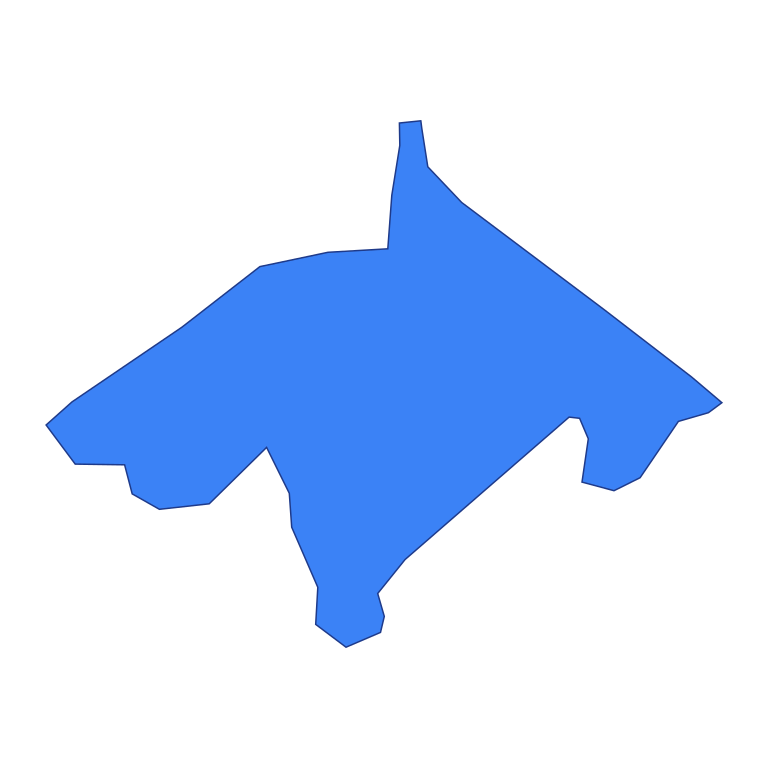 the border of Midlothian
{"feature_id": "GBR-2024", "entity_name": "Midlothian", "entity_type": "Unitary District", "adm_level": 1, "iso_a3": "GBR", "parent_name": "United Kingdom", "parent_adm1": "", "projection": "mercator", "projection_center": [-3.084, 55.83], "detail": "fine", "context": "isolated", "style": "filled", "palette": "blue", "viewbox_px": 768, "rotation_deg": 0, "n_neighbors": 0, "source": "natural_earth", "source_scale": "10m", "svg_char_len": 621}
<svg xmlns="http://www.w3.org/2000/svg" viewBox="0 0 768 768"><path d="M399.4,123.0L420.8,120.8L420.9,121.3L421.8,128.4L427.8,166.8L461.7,202.5L603.7,309.3L691.6,377.0L721.9,402.7L708.4,412.7L678.4,421.4L640.1,477.7L614.0,490.7L582.0,482.1L588.3,438.8L579.6,418.3L569.1,417.1L405.1,559.5L377.7,593.5L384.3,616.4L380.5,632.4L346.0,647.2L315.7,624.4L317.8,587.3L291.7,527.2L289.3,493.3L266.6,447.4L209.2,503.8L159.4,509.3L132.2,493.9L124.6,464.8L75.2,464.1L46.1,425.0L72.0,401.9L181.9,327.2L259.9,266.6L327.9,252.3L387.8,248.8L391.8,195.3L399.8,145.4L399.4,123.0Z" fill="#3b82f6" stroke="#1e3a8a" stroke-width="1.5"/></svg>